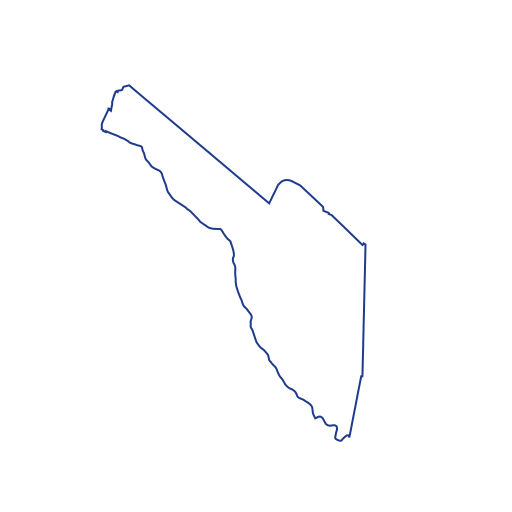 the district of Uithoorn, Noord-Holland, Netherlands, rotated 72°
{"feature_id": "6326949B94592387287284", "entity_name": "Uithoorn", "entity_type": "district", "adm_level": 2, "iso_a3": "NLD", "parent_name": "Netherlands", "parent_adm1": "Noord-Holland", "projection": "equal_earth", "projection_center": [4.794, 52.234], "detail": "fine", "context": "isolated", "style": "outline", "palette": "blue", "viewbox_px": 512, "rotation_deg": 72, "n_neighbors": 0, "source": "geoboundaries", "source_scale": "gbopen_adm2", "svg_char_len": 5911}
<svg xmlns="http://www.w3.org/2000/svg" viewBox="0 0 512 512"><g transform="rotate(72 256 256)"><path d="M54.5,324.0L54.5,324.6L54.2,328.5L54.1,329.1L54.1,329.3L54.2,329.5L54.4,329.9L54.6,330.2L54.8,330.4L55.0,330.6L56.2,331.6L56.5,331.8L56.6,332.0L56.7,332.8L56.7,333.5L56.5,334.2L56.2,335.5L56.1,335.9L56.1,336.0L57.3,336.9L56.1,337.9L56.6,338.5L56.8,338.7L56.8,338.8L56.7,339.0L59.1,340.9L59.0,341.0L59.7,341.5L65.6,345.5L66.5,345.6L67.7,346.1L70.6,347.8L73.1,349.1L72.3,349.7L71.7,349.1L71.1,349.7L70.9,349.7L70.8,349.8L70.2,350.7L70.8,351.0L71.7,351.7L72.7,352.6L80.0,359.5L82.2,361.4L83.0,361.9L84.3,362.4L85.5,362.7L86.7,363.1L87.7,363.7L89.1,362.4L89.8,362.7L91.7,360.6L90.9,360.2L92.4,358.5L94.4,356.1L97.2,352.7L99.2,350.2L99.8,349.7L100.6,348.9L101.6,347.9L103.1,346.0L103.6,345.4L104.3,344.8L105.2,343.9L106.1,343.2L106.8,342.6L107.4,342.1L108.6,341.4L109.0,341.1L109.7,340.4L110.3,339.6L111.2,338.5L112.0,337.2L112.9,336.0L113.1,335.8L113.8,335.0L113.9,334.7L114.3,334.2L114.5,333.9L115.1,332.9L115.6,332.1L116.1,331.5L116.4,331.3L116.9,331.0L117.2,330.9L117.9,330.9L118.5,330.9L118.9,331.0L119.2,331.0L120.6,331.2L121.2,331.1L121.8,331.1L122.6,330.9L123.5,330.8L124.9,330.8L126.1,330.9L127.3,331.0L128.9,331.0L129.4,331.0L129.8,330.9L130.5,330.7L131.3,330.4L133.9,329.1L134.6,328.9L137.8,327.9L138.4,327.7L138.6,327.6L139.0,327.3L140.3,326.3L141.5,325.2L143.2,323.5L144.2,322.3L145.2,321.4L146.4,320.7L147.3,320.4L148.7,320.1L150.8,320.2L153.1,320.2L155.1,320.1L158.3,320.0L160.6,319.8L165.5,320.1L167.8,320.0L171.1,319.0L174.8,317.8L176.5,317.0L178.1,316.0L184.6,310.7L187.9,308.1L188.5,307.7L189.3,307.3L190.0,307.0L190.6,306.6L191.3,305.8L193.7,304.3L199.6,301.4L201.8,300.3L204.6,299.1L206.1,298.5L206.3,298.5L206.5,298.3L209.8,295.8L210.9,294.9L211.2,294.6L212.4,293.8L212.8,293.5L214.2,292.4L214.3,292.3L215.1,291.3L216.0,289.9L216.6,288.8L217.1,287.8L217.9,285.6L218.3,284.4L218.6,283.4L218.9,282.6L219.1,282.2L219.2,281.9L219.5,281.5L219.8,281.3L220.2,281.0L220.7,280.8L221.9,280.5L222.9,280.2L223.7,280.1L224.7,279.8L227.8,278.9L229.0,278.4L230.5,277.9L230.9,277.7L233.2,276.3L233.5,276.2L233.9,276.0L234.2,275.8L235.0,275.8L237.3,275.8L239.6,275.8L241.8,275.8L243.8,275.9L244.5,276.0L246.6,276.3L247.3,276.4L248.6,276.8L248.9,277.0L249.4,277.2L249.7,277.5L250.5,278.3L250.8,278.5L251.9,279.0L252.5,279.2L253.5,279.4L255.2,279.5L255.4,279.5L257.8,279.1L258.2,279.1L258.9,279.1L259.5,279.1L260.4,279.2L260.7,279.3L261.2,279.4L265.8,281.1L266.3,281.2L267.8,281.6L270.5,282.2L271.9,282.5L273.6,283.1L275.1,283.5L277.5,283.9L279.6,284.1L280.4,284.1L281.8,284.1L285.5,284.1L286.7,284.0L290.6,283.8L293.4,283.4L293.8,283.4L295.5,283.4L297.3,283.4L298.5,283.3L299.5,283.2L299.9,283.1L300.3,282.9L302.5,281.7L304.0,281.0L305.4,280.6L306.4,280.2L307.6,279.8L309.5,279.1L310.3,278.9L310.9,278.8L311.8,278.8L312.5,278.9L312.9,279.0L313.3,279.1L313.8,279.4L314.6,280.0L316.2,281.1L316.5,281.3L316.9,281.5L317.1,281.6L317.7,281.7L318.8,281.9L319.3,282.1L320.8,282.7L321.3,282.8L322.1,282.9L322.4,282.9L322.7,282.9L324.7,282.4L325.0,282.3L326.4,282.3L336.4,282.2L338.3,282.1L339.4,281.8L341.2,281.2L343.5,280.4L344.7,279.8L346.4,278.6L347.5,277.8L348.0,277.5L351.9,275.8L354.1,275.1L358.2,275.5L358.8,275.6L359.3,275.5L359.8,275.4L361.3,274.7L364.4,273.6L367.0,272.2L367.6,271.9L368.4,271.6L369.9,271.4L372.0,271.3L374.2,271.1L375.1,271.0L375.8,270.9L377.4,270.6L378.1,270.4L381.1,269.2L382.0,268.9L382.8,268.7L386.4,268.0L387.3,267.8L388.5,267.3L389.9,266.6L390.6,266.1L391.2,265.7L392.0,265.1L392.7,264.4L393.3,263.6L394.2,262.7L395.0,262.1L395.5,261.7L396.1,261.3L397.6,260.6L397.9,260.5L398.3,260.4L399.0,260.3L400.0,260.1L400.7,260.1L401.5,260.1L402.2,260.0L402.8,259.8L403.3,259.6L403.5,259.5L404.0,259.1L404.8,258.3L405.4,257.6L407.0,255.7L407.4,255.3L410.3,253.0L411.7,251.8L412.4,251.3L414.3,250.1L415.5,249.7L416.6,249.4L417.2,249.3L417.6,249.4L418.9,249.6L422.1,250.3L423.4,250.4L423.9,250.4L424.5,250.4L425.3,250.3L428.2,249.8L428.5,249.8L428.5,249.7L428.8,249.4L428.8,249.2L428.5,248.0L428.3,247.1L428.2,246.8L428.2,246.6L428.2,246.1L428.2,245.8L428.3,245.4L428.4,245.1L428.7,244.4L428.8,244.2L429.2,243.8L430.1,243.1L430.4,243.0L431.0,242.7L431.4,242.6L431.9,242.5L434.1,242.1L436.8,241.6L437.3,241.4L437.7,241.2L438.1,240.9L438.7,240.4L439.5,239.6L440.2,238.2L440.5,237.1L440.6,236.5L440.6,236.1L440.6,235.7L440.7,235.2L441.2,234.0L441.6,233.0L442.0,232.6L442.3,232.4L442.5,232.3L442.8,232.1L443.2,232.0L443.4,232.0L444.2,232.1L445.2,232.3L446.1,232.6L446.7,233.1L447.5,233.5L448.1,234.0L449.1,234.6L450.3,235.3L451.4,235.9L453.5,236.9L453.8,236.9L454.2,236.8L454.8,236.5L455.5,235.9L456.3,235.1L457.4,233.7L457.5,233.5L457.6,233.2L457.8,232.8L457.9,231.8L457.8,231.5L457.5,231.1L457.0,230.5L456.3,229.2L456.1,228.9L456.0,228.5L455.1,226.3L454.9,225.7L454.8,225.2L454.8,224.7L454.9,224.2L455.0,223.8L455.2,223.7L455.4,223.5L455.5,223.4L456.0,223.3L457.4,223.4L455.0,222.0L453.8,221.3L449.5,218.9L445.1,216.5L430.0,208.1L418.7,201.9L402.9,193.1L403.3,192.0L398.6,190.3L372.8,181.2L371.2,180.7L367.6,179.4L359.6,176.6L347.6,172.4L346.6,172.0L345.6,171.7L345.2,171.5L344.5,171.3L335.1,168.0L302.9,156.7L298.1,155.0L290.1,152.2L278.9,148.3L278.0,149.1L277.3,149.6L278.5,151.3L260.5,160.8L254.8,163.8L251.8,165.4L240.4,171.5L238.5,173.8L237.8,173.5L237.5,173.5L233.9,177.9L230.6,177.1L230.3,177.1L230.1,177.1L229.8,177.2L228.6,177.8L224.5,180.1L223.9,180.4L219.5,182.8L217.2,184.1L215.5,185.0L202.5,192.2L196.2,198.5L194.9,200.0L194.3,200.9L193.8,201.9L193.6,202.3L193.4,202.8L193.1,203.8L192.9,204.6L192.9,205.3L192.8,205.8L192.8,206.3L192.9,207.1L193.0,208.0L193.1,208.6L193.2,208.8L193.4,209.3L193.7,210.0L194.2,211.0L194.6,211.8L195.0,212.8L200.6,218.1L203.7,221.2L207.1,224.4L207.8,225.1L208.1,225.4L209.6,226.8L210.0,227.2L145.5,267.3L145.4,267.3L144.9,267.6L145.0,267.6L115.6,285.9L73.3,312.3L58.1,321.7L54.9,323.6L54.5,324.0Z" fill="none" stroke="#1e3a8a" stroke-width="2"/></g></svg>